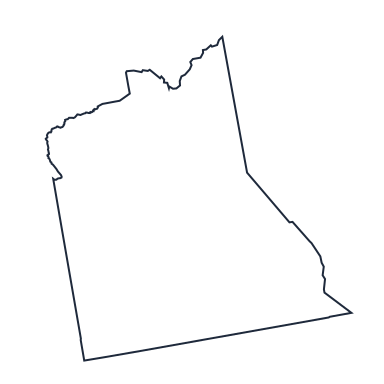 Graham, Arizona, United States of America, rotated 350°
{"feature_id": "52423323B31038299720868", "entity_name": "Graham", "entity_type": "district", "adm_level": 2, "iso_a3": "USA", "parent_name": "United States of America", "parent_adm1": "Arizona", "projection": "orthographic", "projection_center": [-110.126, 33.039], "detail": "fine", "context": "isolated", "style": "outline", "palette": "slate", "viewbox_px": 384, "rotation_deg": 350, "n_neighbors": 0, "source": "geoboundaries", "source_scale": "gbopen_adm2", "svg_char_len": 1983}
<svg xmlns="http://www.w3.org/2000/svg" viewBox="0 0 384 384"><g transform="rotate(350 192 192)"><path d="M57.6,154.8L57.4,204.0L57.4,204.6L57.1,317.1L56.7,318.4L56.6,339.3L77.4,339.5L113.6,339.6L304.9,339.3L306.0,338.8L328.0,338.7L305.0,314.1L305.0,310.8L307.9,300.8L306.2,296.7L308.8,288.4L307.4,284.2L307.2,277.7L300.8,263.0L299.3,261.0L285.8,238.9L282.7,238.8L249.6,182.5L248.8,44.4L244.9,47.1L242.3,51.6L236.9,52.3L236.0,50.8L230.8,54.1L227.4,54.1L227.1,56.9L223.7,61.2L215.9,61.2L212.9,63.7L213.6,67.0L211.1,70.8L205.4,75.3L201.7,76.3L199.2,80.6L198.7,85.0L194.6,87.3L191.2,87.0L188.0,84.2L187.3,85.8L186.6,80.2L183.4,79.3L184.1,76.4L181.9,72.9L180.3,74.4L171.6,64.3L169.5,65.1L164.7,63.5L163.2,65.2L155.7,62.3L148.7,61.7L147.7,63.0L147.7,76.4L147.8,84.3L136.6,89.6L132.6,89.6L132.0,89.6L122.7,89.7L119.1,89.7L114.0,91.4L114.0,92.4L113.0,93.5L111.7,93.6L111.3,93.8L110.5,93.8L110.2,93.4L109.1,94.2L109.4,94.8L109.1,95.4L108.2,95.2L107.5,95.9L106.5,96.1L106.1,95.6L105.4,95.8L105.1,96.5L103.7,96.2L103.0,95.8L101.4,95.3L100.7,95.9L99.6,95.9L97.5,96.3L95.5,96.8L93.6,96.0L92.6,95.7L91.2,96.9L89.7,98.1L88.1,98.6L86.9,98.1L85.6,97.9L83.8,97.6L82.3,98.7L80.8,98.7L79.5,99.0L79.5,100.2L78.4,101.2L78.3,102.3L77.8,103.4L77.4,103.4L76.9,104.5L75.7,105.5L74.3,105.6L73.8,105.9L71.9,104.9L71.1,104.1L70.3,104.1L69.8,104.7L68.0,105.0L66.2,105.5L65.5,105.4L64.8,105.9L64.2,107.1L64.0,108.1L63.3,108.8L62.6,108.5L61.6,108.5L60.3,109.2L59.0,110.9L59.1,112.1L59.1,112.6L59.0,113.2L58.1,113.6L57.2,114.3L57.6,115.4L58.1,116.1L58.5,117.3L58.0,118.3L57.9,119.3L58.1,120.8L58.2,122.1L58.2,123.8L57.5,125.2L57.7,126.4L57.7,127.6L57.7,128.7L57.9,129.0L57.6,130.0L56.9,130.2L56.0,130.7L56.1,131.5L56.5,131.6L56.8,132.8L56.5,133.7L57.2,134.3L57.7,136.2L57.7,137.5L58.7,138.5L58.6,139.7L59.7,140.8L60.2,141.6L62.5,145.9L63.5,148.5L65.9,152.5L66.3,154.2L66.0,155.1L64.7,155.5L63.5,155.4L61.9,155.5L60.6,156.3L58.5,156.1L57.8,155.0L57.6,154.8Z" fill="none" stroke="#1e293b" stroke-width="2"/></g></svg>